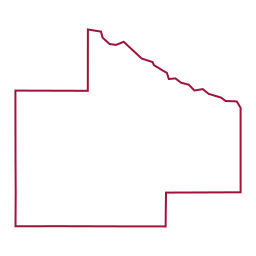 Redwood, Minnesota, United States of America
{"feature_id": "52423323B50406906000435", "entity_name": "Redwood", "entity_type": "district", "adm_level": 2, "iso_a3": "USA", "parent_name": "United States of America", "parent_adm1": "Minnesota", "projection": "natural_earth1", "projection_center": [-95.193, 44.447], "detail": "fine", "context": "isolated", "style": "outline", "palette": "rose", "viewbox_px": 256, "rotation_deg": 0, "n_neighbors": 0, "source": "geoboundaries", "source_scale": "gbopen_adm2", "svg_char_len": 506}
<svg xmlns="http://www.w3.org/2000/svg" viewBox="0 0 256 256"><path d="M15.5,226.3L56.1,226.2L128.1,226.4L161.7,226.4L165.6,226.5L166.0,192.6L240.6,192.3L240.6,107.8L236.7,101.4L225.6,101.0L221.1,97.6L208.7,93.9L202.7,89.1L194.4,90.5L188.8,84.7L181.0,82.7L175.4,78.4L168.8,79.0L166.9,72.9L163.0,70.7L153.9,65.1L152.6,62.1L141.6,58.5L123.7,41.8L116.0,44.9L109.5,44.0L102.6,37.7L101.0,31.6L87.9,29.5L87.8,90.8L15.4,90.6L15.5,157.9L15.7,192.1L15.5,226.3Z" fill="none" stroke="#9f1239" stroke-width="2"/></svg>